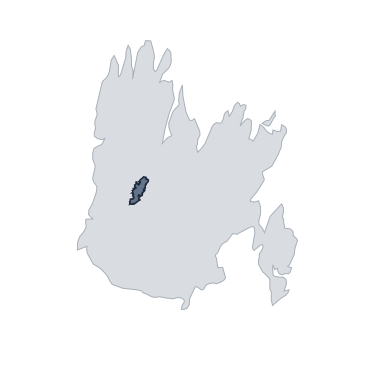 Thurles Lea-5, North Tipperary, Ireland shown in context, rotated 116°
{"feature_id": "5873133B42625878328180", "entity_name": "Thurles Lea-5", "entity_type": "district", "adm_level": 2, "iso_a3": "IRL", "parent_name": "Ireland", "parent_adm1": "North Tipperary", "projection": "equal_earth", "projection_center": [-7.824, 52.667], "detail": "fine", "context": "in_parent", "style": "filled", "palette": "slate", "viewbox_px": 384, "rotation_deg": 116, "n_neighbors": 0, "source": "geoboundaries", "source_scale": "gbopen_adm2", "svg_char_len": 8065}
<svg xmlns="http://www.w3.org/2000/svg" viewBox="0 0 384 384"><g transform="rotate(116 192 192)"><path d="M245.2,79.4L236.8,83.6L235.5,85.2L233.2,91.6L232.9,93.5L227.7,100.6L224.7,102.1L220.3,103.3L217.8,104.4L214.6,103.8L210.6,103.9L208.6,105.2L208.7,106.2L209.9,107.3L217.3,110.6L216.9,112.0L214.8,113.6L201.5,117.5L197.5,119.8L196.2,121.3L197.6,123.9L208.2,131.7L210.0,132.6L211.6,137.1L220.9,139.0L224.8,141.8L228.1,142.5L235.3,142.3L238.2,143.3L239.8,142.5L240.8,141.0L248.8,135.5L246.3,131.4L254.4,124.3L256.6,124.4L260.4,126.6L263.6,129.6L264.6,133.6L267.6,137.2L269.5,138.4L274.7,139.1L275.9,140.5L275.0,145.8L275.8,147.5L289.0,147.4L294.3,145.1L298.8,145.5L301.1,147.8L302.1,150.2L298.2,151.2L294.1,150.7L292.1,152.2L292.0,155.3L293.4,159.2L296.2,162.0L298.5,168.3L300.4,175.3L303.3,179.6L303.9,184.8L303.5,187.4L304.1,192.1L302.9,193.7L303.9,198.1L308.9,212.2L310.0,223.3L307.6,227.4L304.5,231.4L302.5,236.1L300.9,241.1L300.0,249.3L293.2,258.9L290.3,261.3L286.9,262.7L294.4,269.5L288.3,272.5L281.7,273.4L274.3,271.7L269.7,271.9L263.8,275.4L262.5,274.8L259.7,269.3L257.7,275.0L253.4,276.8L246.2,276.4L234.0,277.9L229.3,279.5L227.4,282.1L225.9,285.0L224.0,286.8L221.9,287.7L212.4,289.9L210.6,290.7L206.2,295.5L200.5,298.3L195.7,299.1L191.5,296.3L189.8,294.6L187.9,293.8L181.4,293.9L183.4,294.8L184.7,296.7L185.4,300.5L184.6,304.2L181.4,306.0L177.6,306.4L171.6,310.2L163.6,311.3L159.3,314.8L132.9,320.8L131.4,320.8L127.8,319.3L123.9,318.6L119.9,319.1L108.9,322.4L103.5,321.8L110.4,313.5L119.6,309.3L120.6,308.2L117.6,307.6L100.2,310.5L94.1,313.0L88.1,313.7L90.9,309.9L98.8,304.8L105.6,301.4L108.5,298.3L116.7,294.9L90.2,302.0L83.3,301.1L81.7,299.2L76.3,300.1L74.3,295.3L82.5,288.1L87.2,284.9L92.7,283.3L98.1,280.8L100.1,277.9L97.6,277.0L81.7,277.7L74.0,277.1L74.5,274.8L75.9,272.2L83.9,267.8L88.2,267.0L92.0,267.5L98.7,270.1L107.7,269.2L104.0,266.4L103.4,260.7L100.5,258.8L104.2,256.1L108.4,254.5L115.5,249.0L118.0,248.2L131.8,246.9L146.7,244.0L161.4,240.0L153.9,237.8L150.3,234.9L144.4,240.8L140.2,243.1L128.4,244.3L124.7,243.6L119.4,241.8L117.8,242.5L116.2,243.9L108.4,246.8L100.1,247.5L109.8,242.2L122.0,233.1L124.7,230.3L128.6,225.4L127.5,223.2L125.0,221.9L133.9,211.8L137.0,209.9L142.6,209.7L146.7,208.0L148.5,208.0L150.1,207.4L153.8,204.4L148.2,202.5L142.5,201.5L124.7,202.5L122.4,202.3L120.2,201.4L118.8,200.1L117.8,196.6L116.5,195.9L112.5,195.9L108.5,196.9L105.8,196.8L103.1,195.3L107.5,191.8L101.9,191.0L96.3,191.7L91.6,190.6L91.5,188.4L93.6,186.2L90.9,184.1L90.4,181.5L93.3,180.2L96.6,180.6L103.2,178.7L111.6,177.8L104.4,175.8L101.6,174.2L101.5,171.7L102.1,169.6L110.5,165.9L119.4,164.3L118.8,162.0L119.5,159.4L110.5,158.6L101.5,160.5L102.6,155.5L104.8,151.1L105.2,148.2L104.9,145.1L100.7,146.4L100.3,142.0L98.5,139.0L92.3,141.0L92.5,137.1L94.4,134.3L97.6,133.1L100.8,133.6L106.7,133.6L112.5,131.5L120.7,130.9L133.8,131.6L142.8,137.5L145.1,136.4L148.8,132.7L150.5,132.3L164.1,133.9L172.5,136.1L174.8,135.4L173.6,131.3L170.7,128.4L174.4,124.6L178.8,122.1L181.8,120.8L188.6,119.3L191.6,117.8L193.6,113.0L196.8,109.0L179.6,111.1L163.4,106.3L166.0,103.0L169.4,101.1L175.4,99.7L175.9,97.9L178.9,96.5L183.9,92.7L182.1,87.7L183.1,84.1L186.7,81.7L187.8,78.3L189.4,75.9L196.6,75.0L203.6,72.7L214.3,72.4L217.1,73.3L216.4,69.2L221.5,68.7L223.4,69.5L224.3,72.4L226.6,74.2L227.3,77.4L225.8,79.9L223.2,81.8L225.6,83.8L221.9,87.3L225.9,85.8L231.5,82.4L231.2,79.5L230.2,76.0L228.6,72.8L229.4,69.2L232.5,67.0L240.7,65.9L237.3,61.9L240.4,61.6L243.6,62.4L248.5,65.5L258.7,69.9L253.7,73.8L247.6,76.5L245.2,79.4ZM99.8,157.2L99.5,159.1L95.6,156.7L93.7,154.1L82.9,152.9L87.5,150.3L89.6,151.0L97.3,151.2L99.4,152.2L99.8,157.2Z" fill="#d9dde1" stroke="#a8b0b8" stroke-width="1"/><path d="M200.7,236.3L200.4,236.5L200.2,236.6L200.1,236.8L200.1,237.1L200.1,237.4L200.2,237.5L200.5,237.5L200.3,237.6L200.2,237.9L200.3,238.0L200.5,238.3L200.4,238.3L200.4,238.5L200.7,238.6L200.8,238.6L200.7,238.6L200.9,238.8L201.0,238.7L200.6,239.0L200.0,239.0L199.8,239.0L199.6,239.3L199.4,239.5L199.2,239.6L198.9,239.8L199.1,240.3L199.6,240.5L199.6,240.9L199.4,241.2L199.4,241.3L199.4,241.6L199.4,241.8L199.6,241.9L199.6,242.1L200.1,242.1L200.4,242.4L201.0,242.8L201.5,242.7L202.1,242.9L202.3,243.1L202.9,243.6L203.8,243.8L204.5,244.1L204.7,243.9L204.8,243.9L204.8,244.0L205.3,244.0L205.6,244.1L205.9,244.3L205.9,244.1L206.2,244.1L206.3,243.8L205.9,243.8L205.9,243.7L205.8,243.4L205.7,243.3L205.6,243.1L206.0,243.0L206.2,242.8L206.2,242.6L206.3,242.5L206.5,242.7L206.7,242.9L206.7,243.0L206.9,243.2L207.1,243.3L207.3,243.2L207.4,242.9L207.5,242.7L207.8,242.6L208.0,242.7L208.0,242.8L208.2,243.0L208.4,243.0L208.7,243.1L208.4,243.4L208.5,243.5L209.1,243.6L209.0,244.1L208.9,244.2L208.5,244.1L208.3,244.2L208.2,244.7L208.3,244.7L208.4,245.0L207.9,245.5L207.6,245.6L207.4,245.6L207.5,245.6L207.4,245.7L207.5,245.9L207.4,246.0L207.5,246.1L207.6,246.3L207.4,246.6L207.5,246.7L207.9,246.6L208.0,246.5L207.9,246.4L208.0,246.3L208.0,246.2L208.7,246.0L208.8,245.9L208.7,245.8L208.8,245.7L209.3,246.0L209.6,246.0L210.1,246.2L210.6,246.5L210.7,246.1L210.9,246.0L210.8,245.9L211.3,246.1L211.6,245.7L212.0,245.9L212.3,246.0L212.5,245.7L212.7,245.4L212.5,244.8L212.6,244.5L212.6,244.4L212.8,244.3L212.9,244.1L213.1,244.2L213.3,244.4L213.4,244.5L213.6,244.6L213.9,244.8L213.9,245.0L214.2,244.9L214.3,245.1L214.2,245.2L214.3,245.3L214.3,245.5L214.5,245.7L214.4,245.8L214.4,246.0L214.5,246.3L215.0,246.4L215.3,245.9L215.5,245.7L215.4,245.4L215.5,245.3L215.8,245.5L216.0,245.7L216.5,245.8L216.8,246.0L216.8,245.9L216.8,245.7L217.0,245.7L218.0,245.2L218.7,245.3L219.1,245.5L219.0,245.3L218.9,245.2L219.0,245.0L219.0,244.6L219.0,244.4L219.5,244.5L220.2,244.1L220.0,243.9L220.4,243.8L220.3,243.6L220.7,243.7L220.8,243.6L221.1,243.4L221.6,243.4L221.6,242.6L222.0,242.1L222.2,241.9L222.3,241.8L222.4,241.7L222.6,241.6L223.4,241.7L223.5,241.9L223.8,241.9L223.8,242.0L223.8,242.3L223.7,242.4L224.0,242.7L224.5,242.6L224.7,243.0L224.8,243.0L225.0,243.2L225.0,243.3L225.0,243.5L225.3,243.9L225.4,244.2L225.9,244.0L226.0,244.1L226.6,243.8L227.1,243.7L227.5,243.5L227.8,243.4L227.9,243.5L228.0,243.6L228.5,243.4L228.5,243.5L228.8,243.3L228.7,243.1L228.8,243.0L229.6,242.8L230.1,242.8L230.4,242.7L230.1,242.5L230.1,242.4L230.0,242.2L229.7,242.0L229.5,241.7L229.7,241.4L229.6,241.2L229.2,240.8L229.3,240.6L229.2,240.5L229.0,240.4L228.8,240.1L228.6,240.0L228.9,239.8L228.8,239.6L228.7,239.3L228.4,239.1L228.1,239.0L228.2,238.8L228.1,238.6L227.8,238.5L227.4,238.5L227.4,238.3L227.1,238.1L226.9,238.1L226.5,237.8L226.4,237.9L226.0,237.8L225.7,237.5L225.6,237.3L225.4,237.3L225.1,237.3L224.8,237.2L224.7,237.0L224.5,236.9L223.9,236.4L222.7,236.5L222.7,236.4L222.8,236.3L222.4,235.5L221.9,235.2L221.5,236.4L221.5,236.9L221.1,237.1L220.9,237.1L220.7,237.1L220.3,237.1L220.2,237.2L219.9,237.0L219.7,236.7L219.4,236.8L219.0,236.8L218.9,237.1L219.0,237.3L218.9,237.5L218.7,237.5L218.7,237.8L218.7,238.0L218.9,238.5L218.7,238.4L218.5,238.6L218.4,238.6L218.0,238.7L217.9,238.2L217.9,237.9L218.0,237.8L218.0,237.6L218.1,237.4L217.9,236.9L218.0,236.3L217.7,236.2L217.6,235.8L217.5,235.6L217.3,235.4L217.1,235.3L216.9,235.4L216.6,235.3L216.3,235.4L216.4,235.6L216.2,235.7L216.3,235.7L216.2,235.8L215.9,236.0L215.8,236.3L215.5,236.3L215.1,236.3L215.1,236.1L214.9,236.2L214.6,235.9L214.5,236.0L214.1,236.3L214.0,236.2L213.8,235.9L213.6,235.9L213.3,235.8L213.2,235.7L212.8,235.8L212.6,235.8L212.6,235.7L212.5,235.3L211.9,235.3L211.5,235.2L211.2,235.1L211.1,235.4L210.9,235.5L210.8,235.8L210.9,236.0L211.0,236.1L210.9,236.1L211.0,236.1L210.9,236.2L210.9,236.3L210.8,236.5L210.7,236.2L210.4,236.0L210.1,235.9L210.1,236.0L209.8,236.2L209.4,236.2L209.4,235.9L209.4,235.7L208.8,235.7L208.8,235.8L208.7,235.8L208.5,236.0L208.2,236.1L207.8,236.4L207.5,236.5L206.9,236.8L206.6,236.6L206.2,236.7L205.9,236.6L205.7,236.6L205.3,236.5L205.2,236.7L205.3,236.7L205.3,236.9L204.9,236.7L204.8,236.8L204.6,237.0L204.1,236.6L203.8,236.5L203.6,236.4L203.3,236.4L203.1,236.4L202.9,236.3L202.8,236.2L202.7,236.3L202.5,236.2L202.2,236.2L201.7,236.0L201.3,236.3L201.2,236.3L200.8,236.4L200.7,236.3Z" fill="#64748b" stroke="#1e293b" stroke-width="1.5"/></g></svg>